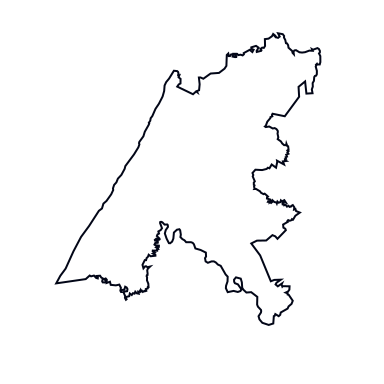 outline of iLembe, KwaZulu-Natal, South Africa, rotated 171°
{"feature_id": "47623444B69150070479938", "entity_name": "iLembe", "entity_type": "district", "adm_level": 2, "iso_a3": "ZAF", "parent_name": "South Africa", "parent_adm1": "KwaZulu-Natal", "projection": "natural_earth1", "projection_center": [31.231, -29.241], "detail": "fine", "context": "isolated", "style": "outline", "palette": "ink", "viewbox_px": 384, "rotation_deg": 171, "n_neighbors": 0, "source": "geoboundaries", "source_scale": "gbopen_adm2", "svg_char_len": 5997}
<svg xmlns="http://www.w3.org/2000/svg" viewBox="0 0 384 384"><g transform="rotate(171 192 192)"><path d="M190.9,314.6L196.9,307.6L200.3,304.6L202.4,301.5L203.7,296.1L206.1,290.9L210.9,284.3L215.0,279.9L219.3,273.2L221.3,271.3L222.1,268.9L223.8,267.1L223.5,266.5L224.2,265.2L229.2,258.9L231.3,254.6L236.2,249.7L236.7,248.5L236.5,247.3L238.0,244.5L243.4,238.2L253.8,228.0L254.9,225.4L259.1,219.9L263.1,216.8L265.2,213.3L267.8,211.2L269.5,207.9L269.5,206.3L272.2,202.3L277.9,196.5L281.3,194.4L283.5,189.8L286.9,188.0L298.9,174.6L308.6,165.0L318.4,151.9L328.8,136.1L335.2,129.8L340.4,123.0L310.6,122.6L306.1,125.5L304.9,124.5L301.9,124.8L300.1,122.1L298.6,121.4L298.4,122.2L299.8,123.4L299.6,124.0L295.9,123.7L295.0,121.7L293.6,120.6L294.7,117.8L294.3,116.7L292.3,116.3L291.3,116.9L291.1,118.1L292.6,119.7L290.8,120.1L289.9,118.7L290.6,115.5L287.1,116.2L286.8,113.0L281.8,111.7L278.3,111.9L277.2,108.5L278.2,105.7L277.7,104.3L277.0,104.2L276.9,106.1L274.0,106.3L272.8,108.9L271.5,107.9L270.9,106.2L271.6,104.2L274.7,104.2L275.2,103.2L274.3,99.6L274.8,98.0L274.1,95.9L273.4,96.3L273.9,97.8L273.6,98.6L270.3,98.9L269.3,101.5L267.6,99.7L266.1,101.3L264.7,100.6L263.6,102.4L262.4,100.6L260.5,99.9L260.7,102.0L259.6,101.6L258.2,103.3L258.0,101.7L257.0,102.4L256.2,101.0L254.4,101.8L254.1,101.3L252.6,101.5L252.7,103.4L250.8,103.7L250.5,105.0L249.8,104.9L249.5,108.3L250.3,111.8L249.7,114.8L250.0,115.9L249.6,116.9L248.9,117.0L248.6,118.5L248.5,121.5L247.7,123.1L245.1,124.9L247.8,124.7L248.9,125.8L249.9,125.9L251.9,124.2L252.3,127.8L249.3,132.1L248.0,131.9L247.2,133.8L245.6,135.0L244.6,136.8L242.9,135.0L238.1,134.8L238.0,135.7L240.2,137.3L238.2,137.9L240.1,139.7L239.9,140.3L235.7,139.5L235.7,140.6L234.2,140.8L234.5,141.8L236.2,143.0L235.4,143.5L233.3,143.1L233.1,144.2L236.6,145.2L237.3,145.9L236.2,147.4L233.8,147.2L233.5,148.0L234.4,149.2L236.1,149.8L236.2,150.5L234.5,151.5L232.3,149.9L231.4,150.3L231.4,151.1L233.6,154.0L232.7,155.5L231.1,156.1L231.4,158.3L228.9,159.3L227.3,160.9L228.4,166.4L228.1,167.3L227.2,167.4L226.0,166.7L224.2,164.1L221.5,163.8L221.1,163.1L221.2,161.3L223.9,158.5L225.3,155.3L224.4,150.0L222.8,145.1L221.6,144.8L219.4,146.1L217.7,148.9L216.2,154.8L212.8,157.1L210.3,157.2L209.7,156.1L209.7,151.6L210.5,149.3L208.9,147.0L207.0,145.5L205.6,143.3L200.9,142.6L199.3,141.7L198.3,140.1L197.5,135.7L192.6,133.4L187.8,130.0L188.2,126.1L189.5,124.6L189.4,121.3L187.4,119.6L183.5,120.4L181.2,120.0L179.5,118.7L177.8,116.3L175.2,114.6L171.7,105.3L170.0,102.8L170.9,98.1L173.0,94.1L173.6,91.7L172.4,87.5L166.4,87.8L162.4,86.1L159.7,86.6L158.6,87.8L158.9,89.1L161.1,93.6L163.9,95.2L164.4,96.7L164.2,98.8L161.9,100.8L157.4,98.8L156.9,95.0L157.4,89.5L156.5,87.4L154.0,84.2L149.2,83.8L143.9,78.2L145.3,70.6L144.8,68.4L142.3,64.7L142.3,63.5L142.8,62.1L145.7,58.9L145.3,55.6L143.0,51.8L137.0,48.7L132.3,49.4L130.6,56.6L129.7,56.8L128.8,58.4L125.8,55.8L124.1,56.9L123.2,59.1L115.8,61.9L114.5,63.9L111.2,65.9L109.5,68.8L112.5,75.2L113.6,75.8L113.4,76.9L115.2,78.0L112.7,78.7L111.1,80.3L110.4,83.6L117.1,84.8L117.6,84.4L118.0,86.7L117.4,87.6L122.0,85.4L123.9,87.6L122.7,89.2L118.0,91.5L124.5,92.3L128.1,91.5L134.6,118.7L141.5,131.9L135.5,133.8L126.3,132.5L119.3,136.8L116.7,135.2L114.9,132.4L105.3,139.6L105.6,141.1L107.3,142.5L107.1,145.6L102.1,147.5L102.4,148.3L101.4,149.2L100.0,148.3L97.7,148.7L97.4,149.5L96.5,148.9L93.6,152.4L88.7,154.8L92.2,156.9L92.5,159.0L94.0,158.7L93.3,160.8L94.5,163.3L96.0,162.8L96.3,162.2L97.9,162.0L98.8,163.2L100.5,162.7L101.4,164.6L103.0,164.5L102.9,165.4L104.4,165.6L104.4,166.6L102.8,168.2L101.0,167.0L102.1,169.5L104.6,168.7L105.5,169.8L106.2,168.2L108.2,167.9L109.1,169.2L110.0,167.4L110.3,168.5L112.2,169.2L113.7,171.1L114.2,169.7L115.6,168.8L116.6,169.8L117.1,169.5L117.0,170.1L118.5,170.4L118.1,171.0L116.4,170.3L115.4,171.0L116.0,172.4L119.0,173.8L118.7,175.1L117.7,175.6L118.5,176.7L120.5,179.0L121.7,178.7L124.0,180.5L124.7,182.0L128.3,185.0L130.0,185.2L129.6,185.7L129.9,187.5L129.2,188.8L129.8,189.4L129.5,191.6L128.3,192.7L129.6,197.9L128.8,199.2L129.3,201.3L125.9,204.1L119.3,202.7L114.7,203.1L113.3,204.1L111.8,203.3L109.0,206.7L105.2,202.9L103.1,208.4L103.1,209.6L96.8,204.8L97.4,208.0L94.0,207.9L95.2,208.9L95.1,209.9L93.9,210.0L94.1,211.7L92.6,212.1L93.1,214.1L90.8,214.7L91.6,216.3L90.3,217.3L91.2,218.2L90.0,218.9L89.9,222.1L90.7,222.5L91.2,225.0L91.7,223.5L93.7,223.9L95.3,225.8L96.3,228.1L99.1,230.8L98.2,232.5L98.4,236.3L97.8,237.9L97.8,239.2L98.8,241.0L100.4,242.2L102.3,242.1L105.5,244.6L109.0,244.6L109.7,245.3L108.8,245.8L106.6,249.7L103.1,252.7L102.8,253.7L100.8,254.2L101.0,255.6L100.2,256.7L88.5,252.3L71.3,269.3L70.3,279.2L63.0,283.5L63.6,271.3L57.5,270.7L57.6,274.6L56.2,277.2L55.8,280.7L54.2,282.7L53.3,286.4L52.4,287.4L51.2,287.5L50.3,288.8L49.7,292.1L50.2,296.5L49.5,297.5L49.7,298.2L48.5,299.1L48.2,298.3L45.9,298.0L44.9,300.2L44.0,306.2L44.9,309.0L43.9,309.8L43.6,311.3L44.3,313.4L45.6,314.5L50.2,313.6L51.1,314.3L50.7,312.6L54.0,313.3L58.5,312.4L61.4,312.5L64.0,313.2L67.1,315.8L68.7,315.8L69.8,314.8L69.9,312.2L70.9,313.7L71.0,315.6L74.1,319.4L74.1,322.0L74.9,323.9L75.9,324.3L76.1,327.6L77.0,330.2L76.6,331.7L77.7,333.7L82.2,335.3L81.1,331.8L82.9,330.8L84.4,331.5L85.4,333.5L86.3,334.5L86.3,333.6L87.3,335.1L88.7,333.3L92.4,331.5L96.1,331.6L97.0,324.8L98.5,323.1L100.1,323.6L102.0,322.6L101.2,321.2L101.6,320.6L106.1,320.2L106.1,321.2L103.7,324.2L105.9,326.3L110.8,325.6L111.0,324.2L108.9,322.9L110.5,320.8L112.8,323.4L119.2,321.1L119.2,319.9L120.6,319.0L122.5,320.0L124.9,320.0L125.8,321.4L129.2,322.0L129.1,321.2L127.4,320.2L127.0,319.0L127.2,318.4L128.4,318.5L130.7,319.4L130.1,320.8L130.4,321.8L132.0,321.7L133.2,320.3L134.4,320.5L134.5,323.1L136.2,321.9L138.3,311.2L140.6,308.7L146.7,305.4L155.1,306.1L163.1,302.1L165.7,303.8L167.3,304.0L167.6,297.2L169.1,291.4L171.5,290.9L171.2,289.7L172.2,290.7L175.7,288.4L190.1,298.4L188.3,300.3L186.4,301.0L185.6,305.5L187.3,307.4L186.3,309.2L187.3,309.0L187.5,309.5L186.8,311.1L187.0,312.8L187.7,313.7L190.9,314.6Z" fill="none" stroke="#020617" stroke-width="2"/></g></svg>